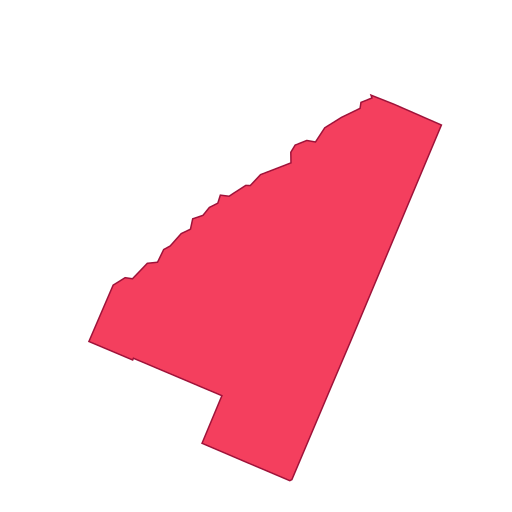 Renville, Minnesota, United States of America (Mercator projection), rotated 113°
{"feature_id": "52423323B30045051318693", "entity_name": "Renville", "entity_type": "district", "adm_level": 2, "iso_a3": "USA", "parent_name": "United States of America", "parent_adm1": "Minnesota", "projection": "mercator", "projection_center": [-95.036, 44.674], "detail": "fine", "context": "isolated", "style": "filled", "palette": "rose", "viewbox_px": 512, "rotation_deg": 113, "n_neighbors": 0, "source": "geoboundaries", "source_scale": "gbopen_adm2", "svg_char_len": 692}
<svg xmlns="http://www.w3.org/2000/svg" viewBox="0 0 512 512"><g transform="rotate(113 256 256)"><path d="M154.9,136.2L63.0,136.5L62.4,188.6L63.0,213.0L65.2,211.0L73.6,219.4L79.4,217.9L95.0,231.5L111.1,242.8L127.8,245.8L129.8,254.4L138.6,263.3L146.9,264.5L156.6,260.2L179.3,283.6L193.4,288.8L195.0,293.0L206.6,300.9L211.5,304.1L213.9,312.6L222.3,311.8L229.5,317.9L239.3,320.7L246.5,328.8L256.9,326.8L264.6,333.6L280.3,338.9L286.1,343.5L300.2,344.2L305.2,353.2L325.2,360.8L327.1,368.0L338.6,376.1L400.0,376.4L399.9,328.9L398.0,328.9L397.9,232.8L449.5,232.5L449.6,183.9L449.6,137.1L447.8,135.6L347.4,135.7L297.8,135.6L154.9,136.2Z" fill="#f43f5e" stroke="#9f1239" stroke-width="1.5"/></g></svg>